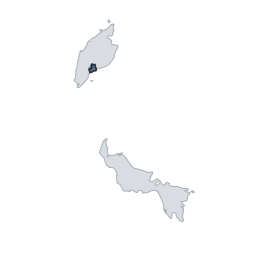 Pekan, Pahang, Malaysia shown in context, rotated 67°
{"feature_id": "92858781B2818057588374", "entity_name": "Pekan", "entity_type": "district", "adm_level": 2, "iso_a3": "MYS", "parent_name": "Malaysia", "parent_adm1": "Pahang", "projection": "albers", "projection_center": [103.074, 3.304], "detail": "fine", "context": "in_parent", "style": "filled", "palette": "slate", "viewbox_px": 256, "rotation_deg": 67, "n_neighbors": 0, "source": "geoboundaries", "source_scale": "gbopen_adm2", "svg_char_len": 4778}
<svg xmlns="http://www.w3.org/2000/svg" viewBox="0 0 256 256"><g transform="rotate(67 128 128)"><path d="M216.9,126.8L215.6,126.6L213.7,125.5L211.7,125.1L206.1,125.1L205.3,124.8L204.2,125.5L202.3,124.9L201.1,125.0L199.9,125.8L198.2,125.1L197.3,126.2L196.2,126.9L195.0,129.7L194.8,133.0L195.1,135.1L194.5,136.2L194.3,138.6L193.9,139.6L192.3,140.1L191.6,139.7L190.2,141.2L189.9,141.8L189.9,144.0L191.0,144.8L190.9,145.3L188.7,147.2L186.7,148.3L186.4,149.3L187.2,151.3L186.9,152.2L185.8,152.7L185.1,155.3L184.1,156.9L183.8,157.1L182.4,156.6L177.1,157.3L175.5,158.7L174.0,159.6L172.8,158.8L172.2,158.8L167.3,157.5L167.0,156.2L166.5,156.0L161.4,156.1L158.3,157.5L157.1,160.7L155.4,161.1L154.2,162.2L152.0,162.1L150.6,162.4L148.4,161.9L146.4,161.8L139.9,164.0L137.8,162.5L131.4,156.8L130.5,155.8L130.3,154.0L129.5,153.7L129.3,153.2L129.2,152.7L130.2,151.3L131.2,153.1L132.8,154.1L135.5,154.8L138.1,154.6L141.7,156.4L142.9,156.7L144.1,156.6L146.3,158.0L147.7,158.1L145.9,157.1L145.6,156.3L145.7,155.5L146.9,154.3L147.1,152.5L147.9,150.7L148.1,149.9L147.5,149.3L147.3,148.2L147.8,146.6L149.0,147.4L150.0,147.2L150.0,144.5L150.8,143.3L152.0,142.4L164.1,139.5L166.1,138.9L167.5,138.0L171.8,132.1L177.0,126.5L177.7,124.6L177.6,123.2L177.9,122.9L178.5,122.7L179.6,123.4L180.2,123.9L181.4,126.3L182.4,126.3L184.1,128.6L184.5,128.9L185.0,128.7L186.3,127.3L186.7,126.2L186.4,126.0L187.0,124.8L186.4,124.0L185.9,121.2L189.0,119.2L189.0,121.5L189.9,124.8L191.4,125.2L192.2,125.0L191.8,124.0L191.6,122.1L191.2,120.8L190.2,119.2L192.8,118.8L194.7,117.0L195.0,115.9L193.7,115.3L193.2,114.4L193.2,113.5L195.2,111.4L195.4,112.0L196.7,112.2L197.3,112.1L198.2,111.3L198.6,110.0L200.1,108.3L200.9,105.6L204.8,101.2L207.8,96.1L208.4,96.5L208.6,97.8L208.0,100.3L209.3,99.7L211.6,96.2L213.0,96.8L212.9,97.7L213.5,99.4L217.3,101.6L217.9,103.8L217.1,104.6L217.4,106.8L217.1,107.4L215.9,108.1L219.3,107.4L221.3,106.1L222.6,108.2L220.6,109.1L221.0,109.9L222.9,109.4L224.0,108.6L225.2,108.8L226.9,109.6L227.5,110.1L227.8,111.1L229.1,111.4L231.8,112.8L234.2,112.7L235.1,113.4L235.1,115.3L233.8,116.4L228.8,118.0L227.5,117.9L225.6,117.4L224.3,117.8L223.5,119.5L225.0,121.3L227.7,123.0L228.0,123.5L227.5,124.4L221.7,125.9L220.4,125.8L218.2,124.9L216.9,126.8ZM26.1,103.0L26.7,100.5L27.6,100.4L28.5,101.9L31.6,103.0L32.6,102.6L33.0,102.9L33.4,103.2L34.3,105.2L36.3,105.3L36.5,108.4L35.6,109.6L35.5,110.4L36.9,111.9L37.7,111.5L38.5,110.2L41.7,108.9L43.1,110.4L44.3,110.3L45.2,109.8L45.9,108.2L47.2,106.9L47.7,105.3L49.6,105.7L50.3,106.1L52.4,109.4L55.2,111.8L57.3,113.1L58.6,114.4L62.0,120.5L62.5,122.5L62.6,125.5L62.1,130.1L61.5,132.4L61.6,133.5L62.5,135.1L62.2,136.7L62.3,141.6L63.4,143.3L66.4,145.4L70.9,154.8L71.6,157.5L71.2,158.5L70.4,158.8L69.7,158.2L69.3,156.9L68.3,155.9L68.4,157.8L66.5,157.5L65.1,157.8L63.5,159.1L62.8,159.1L61.4,156.8L56.4,154.1L54.5,153.4L52.5,151.3L48.1,149.1L45.3,146.9L44.1,145.5L41.3,144.3L40.0,142.9L38.8,142.1L39.5,140.7L38.9,138.0L36.9,135.6L35.9,134.0L34.0,132.3L32.5,130.2L33.4,129.6L31.9,127.4L31.4,125.7L31.4,122.7L29.9,118.4L28.6,112.4L28.8,110.3L28.5,108.1L26.1,103.0ZM211.7,94.1L211.1,94.7L210.9,93.1L211.8,92.2L213.0,92.0L213.1,93.5L212.8,93.9L211.7,94.1ZM23.1,102.8L23.9,104.0L23.3,104.6L22.8,104.5L22.0,105.0L21.0,103.9L20.9,103.3L22.0,103.4L23.1,102.8ZM149.4,146.9L149.1,147.0L148.6,146.6L148.4,143.3L148.8,143.0L149.3,143.6L149.4,146.9ZM28.4,114.4L27.6,115.9L26.8,115.8L27.0,114.0L27.4,113.7L28.4,114.4ZM220.3,126.6L218.8,126.8L217.7,126.8L217.9,125.9L218.4,125.8L220.3,126.6ZM70.9,143.8L70.1,143.8L69.9,143.4L70.5,142.2L70.9,143.8ZM39.1,140.9L38.5,141.1L38.6,140.5L39.0,140.1L39.1,140.9Z" fill="#d9dde1" stroke="#a8b0b8" stroke-width="1"/><path d="M56.6,133.6L56.6,133.8L56.6,134.0L56.6,134.3L56.5,134.5L56.4,134.6L56.4,134.8L56.2,135.0L56.0,135.3L55.9,135.5L55.7,135.6L55.5,135.8L55.4,135.7L55.2,135.7L55.2,135.8L55.1,136.0L55.2,136.3L55.4,136.4L55.4,136.5L55.5,136.5L55.6,136.9L55.7,137.1L55.9,137.3L56.0,137.4L56.1,137.5L56.3,137.8L56.5,137.9L56.7,137.7L56.8,137.5L56.8,137.4L57.0,137.4L57.0,137.6L57.2,137.8L57.4,137.8L57.4,137.7L57.5,137.7L57.8,137.6L58.0,137.4L58.2,137.2L58.3,137.4L58.3,137.5L58.3,137.8L58.4,138.0L58.5,138.0L58.7,138.3L58.8,138.4L58.9,138.5L58.7,138.8L58.8,138.8L58.8,139.0L58.7,139.2L58.6,139.3L58.7,139.5L58.4,139.5L58.2,139.9L58.3,140.0L58.5,140.1L58.4,140.2L58.5,140.2L58.6,140.3L58.6,140.5L58.8,140.6L58.9,140.8L59.0,141.0L59.1,140.9L59.2,141.0L59.3,141.1L59.5,141.2L59.8,141.2L61.5,141.2L62.2,141.4L62.2,140.7L62.2,140.3L62.3,139.8L62.4,139.5L62.4,138.9L62.3,138.1L62.2,137.6L62.2,137.4L62.1,137.2L62.1,136.8L62.1,136.7L62.2,136.3L62.3,136.1L62.3,135.9L62.5,135.6L62.7,135.4L62.7,135.2L62.5,134.9L62.4,134.8L61.8,134.2L61.7,134.2L61.4,134.2L58.9,134.0L56.6,133.6L56.6,133.6Z" fill="#64748b" stroke="#1e293b" stroke-width="1.5"/></g></svg>